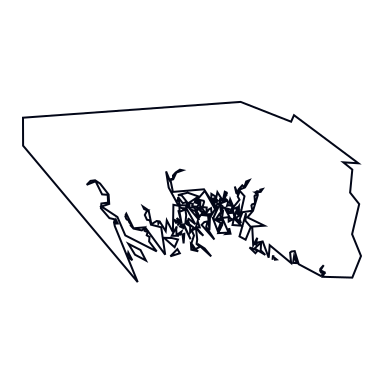 Kikori District, Gulf, Papua New Guinea (Robinson projection)
{"feature_id": "67681753B67388913989028", "entity_name": "Kikori District", "entity_type": "district", "adm_level": 2, "iso_a3": "PNG", "parent_name": "Papua New Guinea", "parent_adm1": "Gulf", "projection": "robinson", "projection_center": [144.53, -7.347], "detail": "fine", "context": "isolated", "style": "outline", "palette": "ink", "viewbox_px": 384, "rotation_deg": 0, "n_neighbors": 0, "source": "geoboundaries", "source_scale": "gbopen_adm2", "svg_char_len": 6158}
<svg xmlns="http://www.w3.org/2000/svg" viewBox="0 0 384 384"><path d="M240.6,101.9L23.0,117.7L23.1,145.7L137.7,282.1L114.8,226.1L114.0,222.3L114.9,219.4L109.4,218.1L100.9,208.2L101.4,203.5L108.1,202.6L107.7,194.8L102.1,194.4L95.6,181.3L86.7,184.8L90.5,180.9L95.1,180.3L100.1,183.6L108.6,194.5L109.2,203.9L101.5,206.5L117.4,217.0L125.3,235.4L156.7,251.4L149.1,241.5L149.5,236.9L146.7,235.3L147.8,231.4L145.6,231.4L144.6,230.8L145.2,227.9L141.8,230.4L133.5,228.6L130.6,225.4L131.0,223.6L130.0,223.3L128.9,221.6L128.6,219.4L127.3,219.8L126.2,218.7L125.4,216.4L126.4,215.8L125.7,214.8L126.3,213.7L133.5,228.3L145.1,227.3L165.2,254.7L161.2,227.3L151.0,224.7L149.8,220.4L146.9,219.7L144.8,215.0L146.4,211.9L148.2,210.3L146.5,210.1L144.1,209.0L143.0,206.6L148.6,210.4L151.4,224.2L156.7,221.0L159.6,221.4L165.7,231.1L166.8,220.4L172.9,232.1L173.4,204.8L178.6,205.8L168.7,187.6L166.1,171.4L169.9,180.6L171.1,179.0L173.1,178.9L173.0,175.5L175.7,172.5L179.9,169.7L182.7,170.3L176.3,172.6L173.2,179.3L170.5,180.1L172.9,191.9L204.0,189.3L214.0,204.7L211.3,197.8L211.4,193.9L215.5,196.5L215.5,201.2L217.4,192.2L222.8,200.7L224.8,191.7L226.7,192.6L226.9,193.2L223.7,200.5L226.1,199.3L227.3,200.3L228.0,202.7L227.0,205.8L228.8,205.2L232.1,206.0L229.5,202.6L230.2,199.3L232.8,205.5L231.6,209.3L239.5,199.8L237.7,196.4L239.5,191.9L238.6,190.6L238.3,191.9L237.6,193.1L236.9,193.4L236.3,193.0L234.8,186.5L237.2,193.0L238.6,189.4L242.3,185.3L244.3,187.1L246.2,181.5L249.4,180.2L245.0,187.4L238.9,189.9L244.5,196.2L240.3,214.8L235.8,218.0L241.0,223.2L239.7,219.2L242.5,212.2L252.4,210.7L251.4,205.5L252.1,204.4L255.1,203.3L254.5,196.1L255.1,195.4L257.5,195.1L257.4,193.8L255.7,193.2L255.4,192.4L257.0,191.2L260.5,191.5L260.3,189.7L262.6,189.1L260.6,191.9L255.7,192.4L257.6,193.3L257.8,195.1L253.0,210.8L247.4,217.4L264.4,225.7L252.2,226.6L253.2,245.3L257.3,237.8L255.4,245.2L257.6,242.5L262.7,241.5L268.7,257.7L269.7,245.2L291.1,263.0L290.1,252.6L291.5,251.5L294.7,251.1L298.7,264.2L320.7,275.9L324.1,273.6L321.2,272.6L320.1,270.7L320.4,268.8L323.7,265.2L320.5,270.3L324.7,272.4L322.6,276.8L352.3,277.6L361.0,256.0L352.1,234.2L359.2,204.1L350.1,192.6L352.3,169.6L343.3,162.3L358.4,163.3L294.0,115.2L291.1,121.7L240.6,101.9ZM246.0,213.2L239.5,236.4L245.6,239.7L250.8,227.0L245.4,220.7L246.0,213.2ZM204.8,190.9L197.4,199.5L203.7,200.8L204.1,201.9L202.5,207.1L206.7,207.5L206.4,212.9L208.9,209.4L211.0,208.2L211.8,214.6L215.1,209.2L204.8,190.9ZM187.7,192.7L177.9,195.1L181.6,195.3L188.0,203.4L198.6,196.5L187.7,192.7ZM186.4,208.4L183.1,208.2L185.4,209.7L186.2,215.1L185.4,223.3L190.2,226.2L190.1,232.5L193.7,227.5L186.8,222.5L186.7,221.9L187.1,221.5L188.5,221.9L187.9,220.4L188.7,219.4L188.0,218.3L195.3,224.2L186.4,208.4ZM171.6,238.0L164.0,237.8L174.6,247.2L178.0,239.5L171.6,238.0ZM228.6,232.6L222.7,219.0L222.2,224.9L218.2,233.1L228.6,232.6ZM197.2,239.4L196.0,228.4L191.8,230.5L194.0,235.5L191.4,243.4L195.4,249.1L199.9,246.9L196.6,244.0L197.2,239.4ZM145.9,260.5L140.5,250.0L128.4,243.8L135.0,254.7L145.9,260.5ZM204.3,222.1L201.6,224.9L214.4,239.5L206.2,226.9L207.6,221.4L204.3,222.1ZM210.1,214.1L201.2,214.9L208.1,215.7L209.4,230.3L210.1,214.1ZM204.7,248.5L197.6,243.9L211.2,256.4L204.7,248.5ZM177.4,249.1L170.4,256.3L179.8,253.3L177.4,249.1ZM232.5,225.0L241.2,225.7L233.9,218.3L232.5,225.0ZM183.8,224.4L181.7,224.6L184.9,227.7L190.6,239.3L183.8,224.4ZM181.6,223.4L179.6,212.6L178.3,210.2L181.6,223.4ZM182.7,203.1L178.0,197.0L179.8,205.2L187.2,205.4L188.9,207.9L186.2,202.3L182.7,203.1ZM261.1,242.5L254.6,248.5L265.3,254.9L260.7,250.3L261.1,242.5ZM220.7,222.9L213.0,218.5L217.7,230.9L220.7,222.9ZM229.5,217.0L224.6,207.7L222.8,208.0L222.0,209.2L223.1,210.6L222.0,218.0L229.5,217.0ZM195.3,211.0L190.3,209.5L199.1,220.0L195.3,211.0ZM218.4,207.1L215.3,206.8L216.7,210.1L213.4,217.8L218.4,207.1ZM171.8,235.8L178.9,235.8L177.2,235.3L176.6,234.3L176.2,229.4L176.8,226.4L171.8,235.8ZM183.6,243.4L184.3,233.8L182.5,234.4L183.6,243.4ZM179.6,211.7L184.8,209.8L179.4,206.8L179.6,211.7ZM227.0,200.8L226.1,199.6L224.5,200.9L222.6,200.9L220.8,200.0L220.1,201.7L220.9,202.7L220.4,203.5L227.0,200.8ZM199.9,232.8L203.4,235.7L196.5,227.9L199.9,232.8ZM199.7,209.2L196.3,210.4L199.6,216.7L202.6,212.7L200.2,210.7L201.0,208.2L199.7,209.2ZM200.3,202.1L197.1,200.5L198.8,203.8L197.7,206.3L196.4,206.7L200.0,208.8L200.3,202.1ZM221.3,214.5L222.8,210.7L221.6,209.4L222.7,206.4L220.0,204.1L221.3,214.5ZM254.9,249.4L249.5,247.5L255.4,253.2L257.5,250.8L254.9,249.4ZM181.5,231.5L177.2,234.6L180.4,234.6L181.5,231.5ZM238.1,207.0L232.8,209.2L234.6,218.1L235.8,212.0L238.1,210.4L236.7,210.3L236.5,209.8L237.4,207.6L238.1,207.0ZM231.2,209.7L225.3,208.1L229.7,212.3L231.2,209.7ZM127.7,256.5L132.3,260.3L128.3,252.6L127.7,256.5ZM177.4,225.5L180.9,222.0L176.9,218.0L179.0,223.7L177.4,225.5ZM197.7,221.2L196.0,227.1L199.7,227.4L197.7,221.2ZM205.9,214.0L201.7,207.5L200.4,210.6L205.9,214.0ZM221.3,218.1L219.4,213.9L215.8,219.3L221.3,218.1ZM192.8,203.9L188.9,203.1L189.4,207.7L192.4,207.5L192.8,203.9ZM233.0,212.8L231.7,210.7L230.6,212.5L228.2,213.2L233.0,212.8ZM293.1,262.9L296.8,263.1L294.1,256.2L293.1,262.9ZM228.7,221.5L232.7,219.4L228.6,217.6L228.7,221.5ZM180.0,226.5L184.1,228.4L180.7,225.4L180.0,226.5ZM191.3,249.7L198.2,251.3L193.4,248.3L191.0,244.6L191.3,249.7ZM115.0,223.6L117.7,223.5L116.0,220.0L115.0,223.6ZM195.8,206.6L192.8,206.4L196.2,209.9L197.9,208.3L195.8,206.6ZM239.0,215.1L238.9,206.3L236.8,209.9L238.4,210.4L236.8,213.4L239.0,215.1ZM214.2,206.3L218.5,204.1L214.6,201.2L214.2,206.3ZM194.7,202.4L198.5,203.5L195.8,199.3L194.7,202.4ZM226.4,234.0L230.5,233.7L229.2,228.1L229.0,232.3L226.4,234.0ZM219.5,204.1L220.7,202.7L219.9,202.0L220.1,198.3L219.5,204.1ZM219.1,220.1L222.5,220.1L221.4,218.5L219.1,220.1ZM176.0,222.8L177.9,222.6L174.1,219.4L176.0,222.8ZM272.5,259.8L273.2,256.2L272.9,256.2L272.5,259.8ZM213.8,201.2L215.3,197.8L212.9,199.0L213.8,201.2ZM216.1,201.6L217.9,200.7L216.9,199.8L216.1,201.6ZM186.2,207.8L187.9,207.2L186.1,206.0L186.2,207.8ZM226.0,195.0L224.5,193.3L225.7,195.1L226.0,195.0ZM177.4,201.0L178.6,200.4L177.8,199.4L177.4,201.0ZM158.4,223.6L159.4,221.9L158.2,221.7L158.4,223.6ZM275.0,259.7L276.6,259.5L274.9,258.1L275.0,259.7Z" fill="none" stroke="#020617" stroke-width="2"/></svg>